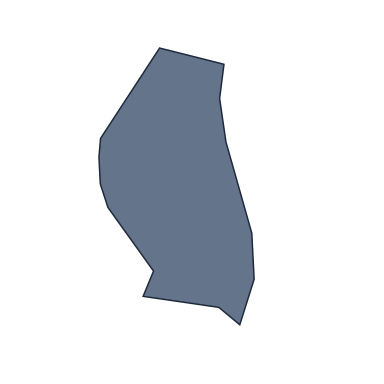 outline of Bistrica ob Sotli, rotated 54°
{"feature_id": "SVN-255", "entity_name": "Bistrica ob Sotli", "entity_type": "Municipality", "adm_level": 1, "iso_a3": "SVN", "parent_name": "Slovenia", "parent_adm1": "", "projection": "natural_earth1", "projection_center": [15.648, 46.051], "detail": "fine", "context": "isolated", "style": "filled", "palette": "slate", "viewbox_px": 384, "rotation_deg": 54, "n_neighbors": 0, "source": "natural_earth", "source_scale": "10m", "svg_char_len": 369}
<svg xmlns="http://www.w3.org/2000/svg" viewBox="0 0 384 384"><g transform="rotate(54 192 192)"><path d="M107.5,91.1L132.6,114.7L171.4,135.1L260.4,167.8L299.1,193.0L327.5,231.4L326.7,231.6L301.1,238.1L247.7,292.9L233.4,269.6L155.1,269.1L131.5,261.4L109.1,246.8L94.9,234.5L56.5,133.6L107.2,91.3L107.5,91.1Z" fill="#64748b" stroke="#1e293b" stroke-width="1.5"/></g></svg>